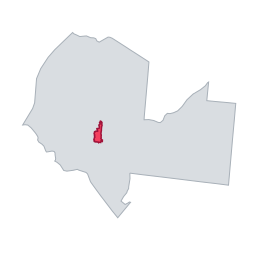 Purulhá, Baja Verapaz, Guatemala (highlighted), rotated 95°
{"feature_id": "79465075B41794626766416", "entity_name": "Purulhá", "entity_type": "district", "adm_level": 2, "iso_a3": "GTM", "parent_name": "Guatemala", "parent_adm1": "Baja Verapaz", "projection": "robinson", "projection_center": [-89.998, 15.218], "detail": "fine", "context": "in_parent", "style": "filled", "palette": "rose", "viewbox_px": 256, "rotation_deg": 95, "n_neighbors": 0, "source": "geoboundaries", "source_scale": "gbopen_adm2", "svg_char_len": 4245}
<svg xmlns="http://www.w3.org/2000/svg" viewBox="0 0 256 256"><g transform="rotate(95 128 128)"><path d="M37.7,191.5L38.9,190.1L39.9,187.1L41.1,184.0L40.4,180.3L39.9,177.4L41.3,173.1L41.2,169.9L41.8,167.9L43.9,166.7L45.0,164.2L39.2,155.8L39.2,153.9L40.0,151.5L44.7,142.5L50.4,131.8L56.6,120.0L60.4,112.9L74.0,112.8L83.0,112.8L94.4,112.8L106.9,112.8L115.0,112.8L118.4,112.7L117.8,108.1L118.3,103.0L119.8,98.4L119.8,96.3L117.3,93.8L112.6,92.4L110.0,90.1L110.0,87.3L108.8,83.9L106.6,80.0L101.8,75.9L94.7,71.7L88.5,66.1L83.5,59.1L79.2,54.6L76.0,52.7L75.2,51.7L84.8,51.8L93.9,51.9L94.0,41.9L94.0,32.9L94.1,22.8L110.6,22.8L130.3,22.9L150.7,22.9L166.7,22.9L176.2,22.9L175.7,35.4L175.3,49.9L174.9,60.6L174.4,74.8L173.9,89.3L173.3,109.1L172.8,121.9L173.1,122.2L178.4,121.6L186.4,122.2L188.3,122.1L190.7,123.2L192.6,123.6L196.7,126.4L201.4,128.6L204.4,124.2L202.8,121.6L201.6,120.2L201.8,119.0L218.3,130.4L216.4,132.2L212.2,136.3L204.6,143.2L197.8,149.4L191.3,155.1L185.4,160.2L184.7,160.7L177.2,164.3L175.9,166.0L174.3,173.2L173.6,174.9L174.9,178.9L176.3,185.1L175.9,188.3L170.7,192.3L168.3,195.8L167.3,198.1L166.3,197.5L164.7,197.4L161.0,198.3L159.2,198.5L157.8,199.5L157.6,201.7L158.6,205.3L159.0,207.1L157.9,208.0L153.4,210.2L151.6,212.3L149.8,215.6L147.8,217.0L145.7,216.7L144.3,217.2L141.1,219.7L136.3,224.5L133.8,228.1L133.7,230.8L134.2,233.2L116.9,224.7L111.1,223.2L86.8,223.4L76.4,220.1L64.5,213.7L56.4,207.8L37.7,191.5Z" fill="#d9dde1" stroke="#a8b0b8" stroke-width="1"/><path d="M145.2,159.7L144.9,159.6L144.7,159.5L144.7,159.4L144.7,159.2L144.6,158.8L144.7,158.7L144.7,158.4L144.7,158.2L144.5,157.9L144.6,157.7L144.6,157.4L144.6,157.2L144.7,156.9L144.6,156.7L144.6,156.4L144.7,156.2L144.8,156.2L144.8,155.9L144.7,155.9L144.7,155.7L144.8,155.7L144.7,155.6L144.7,155.4L144.7,155.2L144.8,155.0L144.8,154.9L144.8,154.7L144.8,154.4L144.8,154.2L144.8,153.9L144.7,153.9L144.4,153.9L144.2,153.8L143.9,153.8L143.7,153.8L143.4,153.8L143.2,153.8L143.2,153.7L143.2,153.3L143.2,153.2L143.3,153.2L143.4,152.9L143.5,152.7L143.6,152.4L143.4,152.4L143.2,152.4L143.2,152.5L142.9,152.5L142.6,152.5L142.4,152.5L142.2,152.5L142.1,152.9L141.6,153.5L141.4,153.7L141.2,153.8L140.9,154.0L140.8,153.9L140.6,153.9L140.4,153.9L140.2,153.9L139.9,153.9L139.7,153.9L139.4,154.0L139.0,154.0L138.5,154.1L137.8,154.0L137.6,154.0L137.3,154.1L137.1,154.2L136.7,154.2L136.5,154.3L136.3,154.4L136.1,154.5L135.7,154.5L135.0,154.5L134.7,154.4L134.0,154.4L133.5,154.4L133.2,154.3L132.6,154.3L131.4,154.4L130.5,154.4L130.0,154.4L129.4,154.4L128.6,154.3L127.8,154.1L127.4,154.1L127.2,154.2L126.8,154.3L126.7,154.4L126.5,154.5L126.3,154.5L126.1,154.5L125.9,154.4L125.6,154.4L125.1,154.4L124.9,154.4L124.8,154.5L124.7,154.5L124.7,154.8L124.5,155.0L124.4,155.0L124.2,155.1L123.9,155.2L123.8,155.3L123.7,155.6L123.6,156.0L123.8,156.0L124.1,156.2L124.2,156.3L124.4,156.3L124.5,156.4L124.6,156.5L124.8,156.7L124.9,156.8L125.0,156.8L125.3,156.7L125.5,156.5L125.5,156.4L125.6,156.2L125.9,156.1L126.0,156.1L126.4,156.2L126.5,156.2L126.8,156.4L126.8,156.5L127.0,156.9L127.1,157.0L127.3,157.1L127.5,157.0L127.8,157.0L128.0,157.0L128.3,157.2L128.5,157.1L128.8,156.7L129.0,156.6L129.3,156.6L129.6,156.6L130.4,156.6L130.6,156.6L130.7,156.8L130.8,157.1L130.9,157.3L131.0,157.4L131.0,157.5L131.1,157.8L131.1,158.1L131.2,158.3L131.2,158.5L131.3,158.7L131.3,158.9L131.5,159.0L131.8,158.8L131.9,158.7L132.0,158.6L132.1,158.4L132.4,158.4L132.5,158.5L132.9,158.4L133.0,158.3L133.2,158.2L133.6,157.9L133.8,157.9L133.9,158.0L133.8,158.5L133.9,158.9L133.9,159.1L134.0,159.5L134.0,159.9L134.1,160.1L134.4,160.2L134.5,160.3L134.5,160.7L134.5,160.8L134.7,161.0L134.8,161.0L135.0,161.0L135.1,160.9L135.4,160.9L135.6,161.0L135.9,161.2L136.2,161.3L136.5,161.3L136.7,161.2L136.8,161.1L137.1,161.1L137.3,160.8L137.5,160.7L137.8,160.6L138.1,160.5L138.4,160.6L138.5,160.6L138.6,160.8L138.9,160.8L139.2,160.6L139.3,160.5L139.6,160.4L139.8,160.3L139.9,160.2L140.1,160.2L140.3,160.3L140.4,160.5L140.8,160.7L141.0,160.7L141.2,160.8L141.5,160.8L141.9,160.8L142.0,160.8L142.3,160.9L142.6,161.0L142.8,161.0L143.0,160.9L143.2,160.7L143.1,160.4L143.3,160.3L143.5,160.4L143.9,160.4L144.1,160.5L144.3,160.5L144.4,160.4L144.5,160.1L144.5,159.9L144.9,159.7L145.2,159.7Z" fill="#f43f5e" stroke="#9f1239" stroke-width="1.5"/></g></svg>